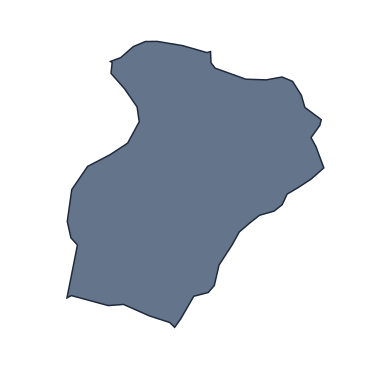 outline of Färgelanda, Västra Götaland, Sweden, rotated 18°
{"feature_id": "70781695B86197919704884", "entity_name": "Färgelanda", "entity_type": "district", "adm_level": 2, "iso_a3": "SWE", "parent_name": "Sweden", "parent_adm1": "Västra Götaland", "projection": "robinson", "projection_center": [12.057, 58.624], "detail": "fine", "context": "isolated", "style": "filled", "palette": "slate", "viewbox_px": 384, "rotation_deg": 18, "n_neighbors": 0, "source": "geoboundaries", "source_scale": "gbopen_adm2", "svg_char_len": 824}
<svg xmlns="http://www.w3.org/2000/svg" viewBox="0 0 384 384"><g transform="rotate(18 192 192)"><path d="M217.3,326.1L220.4,316.5L225.9,290.6L238.5,282.6L242.1,274.0L240.3,253.1L246.5,229.8L249.3,215.4L256.3,203.9L263.4,193.3L276.1,184.7L281.7,176.1L282.2,172.2L283.1,164.6L291.6,155.0L301.5,142.6L309.9,128.3L295.9,110.6L288.4,103.5L293.0,89.1L292.6,83.3L273.2,76.7L266.1,66.2L253.4,55.7L242.1,54.8L228.0,62.4L208.3,68.1L175.8,67.1L170.2,63.3L166.2,52.7L163.1,54.8L137.8,55.7L112.4,59.5L101.1,63.3L91.2,71.9L82.7,86.2L74.1,93.0L76.1,93.7L78.3,104.2L95.9,114.6L113.5,128.1L120.1,141.5L115.7,165.4L102.5,181.9L84.8,199.9L76.9,226.9L82.5,258.6L91.0,273.0L99.4,277.8L100.8,289.3L105.8,331.3L109.3,327.8L147.5,325.9L161.6,320.1L189.9,323.0L211.2,323.0L217.3,326.1Z" fill="#64748b" stroke="#1e293b" stroke-width="1.5"/></g></svg>